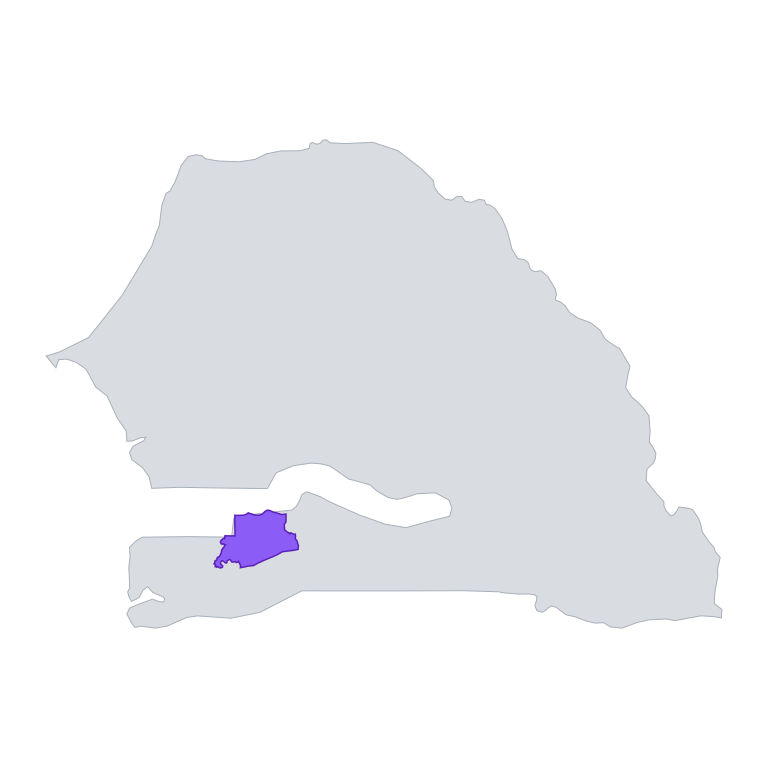 location of Bounkiling, Sédhiou, Senegal
{"feature_id": "50182788B68388966372963", "entity_name": "Bounkiling", "entity_type": "district", "adm_level": 2, "iso_a3": "SEN", "parent_name": "Senegal", "parent_adm1": "Sédhiou", "projection": "albers", "projection_center": [-15.653, 13.139], "detail": "fine", "context": "in_parent", "style": "filled", "palette": "violet", "viewbox_px": 768, "rotation_deg": 0, "n_neighbors": 0, "source": "geoboundaries", "source_scale": "gbopen_adm2", "svg_char_len": 8825}
<svg xmlns="http://www.w3.org/2000/svg" viewBox="0 0 768 768"><path d="M619.5,348.3L630.0,366.3L627.9,375.0L625.7,387.7L631.6,396.9L638.5,402.8L643.5,408.2L649.0,415.8L650.1,431.0L649.3,442.0L652.8,446.9L655.9,453.1L655.4,458.3L653.5,462.9L647.0,469.1L646.1,480.5L656.9,494.2L663.9,501.6L663.9,505.9L665.9,510.5L671.0,516.0L674.1,514.6L677.4,510.1L678.9,507.0L688.1,508.2L692.5,509.5L698.5,518.4L700.8,524.4L702.3,531.9L708.6,541.2L714.1,547.7L715.3,551.8L720.2,557.3L717.4,569.8L717.8,576.2L714.8,592.9L714.3,600.8L714.5,603.7L721.9,609.5L721.3,618.0L713.9,616.6L701.0,615.8L675.2,620.6L666.3,619.0L649.4,619.8L637.3,622.4L622.1,628.1L610.2,626.9L603.7,622.7L595.2,623.1L585.6,620.9L575.4,616.8L566.1,614.8L556.0,607.2L551.3,605.9L548.1,608.0L545.3,610.6L542.4,612.2L537.0,610.8L534.9,605.6L536.5,600.6L537.0,596.7L534.5,594.7L528.3,594.0L518.5,594.1L502.5,592.7L498.9,591.8L463.3,590.7L426.3,590.8L395.0,590.9L355.5,590.9L327.7,590.9L301.8,590.8L281.8,601.1L260.1,612.3L231.0,618.2L197.4,615.9L186.7,617.5L175.6,622.4L167.4,626.0L155.8,628.1L140.9,626.2L134.8,627.3L131.1,622.2L126.9,614.0L129.6,608.0L138.7,604.2L152.4,599.2L159.6,601.8L163.8,601.9L164.6,598.7L163.2,597.0L152.9,592.5L147.6,586.7L143.1,590.1L139.3,597.2L136.1,599.3L131.4,601.3L128.8,596.4L127.7,591.7L129.8,588.1L128.8,567.7L130.1,556.8L129.5,547.3L136.0,541.0L142.2,537.2L166.1,536.9L188.3,536.6L209.8,536.9L231.6,537.1L233.8,518.1L240.7,516.6L251.1,514.6L270.3,512.3L291.8,510.1L296.4,506.3L299.9,500.0L302.1,494.3L306.6,491.9L312.6,493.8L320.5,496.8L328.6,501.3L338.0,505.6L344.2,508.2L359.2,514.9L384.9,524.1L406.0,527.7L431.4,520.7L449.7,516.2L451.9,508.0L449.0,500.1L435.3,492.8L416.7,493.8L411.0,495.8L402.4,498.3L397.2,499.3L388.4,497.6L377.2,491.3L370.2,485.0L360.4,482.1L348.8,479.1L330.1,466.1L320.4,463.8L311.2,463.1L293.5,465.7L276.3,472.7L267.3,488.6L250.0,488.4L213.3,487.9L179.6,487.3L151.8,488.3L149.1,476.8L142.5,467.6L131.9,459.7L129.5,452.4L133.2,446.1L143.5,440.9L145.9,437.2L140.5,437.7L132.3,441.0L126.9,441.2L126.3,431.2L117.3,418.1L107.2,396.1L95.7,387.0L86.1,369.2L76.1,362.3L66.8,359.1L58.8,359.7L55.9,367.8L46.1,356.0L59.6,351.9L88.6,337.5L121.9,295.7L151.8,246.2L155.7,234.5L159.3,225.6L161.8,205.4L166.0,193.3L170.0,191.0L175.1,181.8L181.2,165.5L188.0,156.6L195.7,154.8L201.7,155.6L205.9,158.9L218.4,161.0L239.1,161.8L255.0,159.4L266.3,153.8L281.1,150.9L299.5,150.8L309.1,148.4L310.0,143.8L312.4,142.4L316.3,144.2L319.9,143.5L323.3,140.1L326.6,139.9L330.0,142.8L345.3,143.6L372.7,142.3L398.1,150.7L421.4,168.8L433.5,180.8L434.3,186.9L438.2,193.0L445.2,199.1L451.5,200.2L457.3,196.3L461.8,196.6L465.1,201.3L471.8,202.3L479.1,199.3L484.4,200.2L485.4,203.0L486.6,204.5L490.2,205.2L495.0,208.7L501.9,218.3L507.5,231.7L511.9,249.0L517.6,258.4L524.6,259.8L528.6,263.3L529.5,267.4L531.5,270.2L534.9,271.7L540.8,270.7L547.8,276.5L555.3,289.1L556.5,294.8L555.4,297.9L555.9,300.2L560.8,302.2L565.6,306.3L569.5,312.5L577.8,318.0L590.5,322.7L599.7,329.8L605.4,339.4L617.1,347.4L619.5,348.3Z" fill="#d9dde1" stroke="#a8b0b8" stroke-width="1"/><path d="M215.9,567.6L216.2,567.3L216.5,567.2L217.2,566.7L217.6,566.7L218.0,566.8L218.3,567.1L218.9,567.5L219.3,567.7L220.3,567.9L220.9,567.8L221.3,567.7L221.7,567.6L222.2,567.3L222.4,567.2L222.6,566.6L222.7,565.9L222.5,565.7L221.8,565.0L221.0,564.2L220.9,564.0L220.8,563.7L220.5,563.3L220.6,562.4L220.8,561.7L221.3,561.2L221.7,560.8L222.2,560.8L222.8,561.0L223.5,561.3L224.2,562.0L224.8,562.6L225.1,562.7L226.0,563.0L226.4,563.0L226.5,563.0L226.6,562.9L226.9,562.6L227.0,562.3L227.0,562.0L227.0,561.5L227.3,560.7L227.7,560.4L228.1,560.2L228.7,559.9L229.7,559.5L229.9,559.5L230.4,559.7L231.0,560.8L231.4,561.5L231.8,561.9L232.1,562.1L232.3,562.1L233.4,562.0L233.7,561.8L234.1,561.8L234.5,561.7L234.8,561.7L235.0,561.6L235.4,561.9L235.5,562.1L235.9,562.4L236.1,562.5L236.6,562.5L236.7,562.4L237.2,562.3L237.7,562.1L237.9,561.9L238.0,561.8L238.3,561.4L238.4,561.6L238.5,561.6L238.7,561.8L238.9,562.1L239.0,562.5L239.1,562.8L239.3,562.9L239.6,563.4L239.7,563.8L239.9,564.0L240.0,564.1L240.1,564.4L240.2,565.0L240.4,565.2L240.4,565.7L240.4,565.9L240.6,566.0L240.7,566.5L240.5,567.0L240.3,567.7L240.6,567.7L241.1,567.6L241.5,567.5L242.6,567.3L243.1,567.2L245.2,566.8L245.6,566.7L246.2,566.6L247.1,566.3L248.9,566.0L249.9,566.0L250.8,565.8L252.2,565.7L253.4,565.6L254.0,565.4L254.9,564.8L255.5,564.5L258.8,562.6L260.1,562.2L261.2,561.6L263.8,560.4L265.6,559.7L266.7,559.2L267.7,558.8L268.6,558.5L270.0,557.8L273.2,556.5L276.2,555.1L276.5,554.9L277.2,554.7L279.7,553.3L280.1,553.1L280.6,552.7L280.8,552.7L281.0,552.6L281.3,552.4L281.6,552.2L281.8,552.1L282.1,552.0L282.2,551.9L282.4,551.8L282.7,551.7L282.9,551.6L283.2,551.6L283.9,551.5L285.5,551.4L285.8,551.3L286.3,551.3L286.6,551.2L287.8,551.0L288.2,550.9L288.8,550.9L289.3,550.8L289.7,550.9L289.9,550.7L290.3,550.6L290.8,550.7L291.4,550.6L291.6,550.5L292.1,550.5L292.3,550.5L292.9,550.4L293.3,550.3L293.5,550.3L293.8,550.3L294.0,550.3L295.0,550.0L295.3,550.0L296.0,549.8L296.4,549.7L296.7,549.7L297.4,549.6L297.7,549.5L298.1,549.4L298.1,549.0L298.1,547.9L298.2,547.1L298.5,546.1L298.5,545.6L298.3,545.3L298.2,545.1L298.0,544.5L297.8,543.9L297.7,543.5L297.4,542.4L297.4,542.1L297.1,541.4L297.0,540.9L296.5,540.2L295.9,539.6L295.8,539.3L295.6,539.0L295.3,538.1L295.3,537.5L295.4,537.2L295.4,536.8L295.5,536.6L295.5,536.3L295.5,535.9L295.5,535.7L295.4,535.4L295.3,534.9L295.3,534.6L295.2,534.7L294.5,534.3L294.2,534.2L293.5,534.1L293.2,533.9L292.4,533.6L292.1,533.5L292.0,533.4L291.0,533.0L290.6,532.8L290.4,532.9L290.2,533.1L290.1,533.6L289.9,533.9L289.6,533.7L289.3,533.3L289.0,532.9L288.8,532.8L288.2,532.6L287.9,532.4L287.7,532.2L287.3,532.0L286.9,531.8L286.6,531.7L286.4,531.4L286.1,531.1L285.9,530.9L285.4,530.3L284.9,530.0L284.7,529.8L284.5,529.3L284.5,529.0L284.5,527.8L284.4,527.3L284.5,527.0L284.3,526.6L284.3,525.9L284.2,525.6L284.2,525.2L284.2,524.6L284.3,524.3L284.5,524.2L284.7,523.9L284.8,523.6L285.0,523.4L285.3,522.9L285.5,522.7L285.6,522.4L285.9,522.1L286.0,521.5L286.0,520.3L286.0,520.0L286.0,519.5L286.0,518.3L286.0,517.0L286.0,516.3L286.0,515.5L285.9,514.7L286.0,514.1L283.7,514.4L282.5,514.4L281.5,514.6L280.5,514.1L279.9,513.9L275.1,512.5L274.6,512.5L274.4,512.5L273.8,512.4L273.5,512.2L272.7,511.8L271.8,511.4L271.4,511.2L271.2,511.2L270.6,511.0L270.4,510.8L269.5,510.5L269.3,510.4L268.9,510.2L268.7,510.2L268.4,510.2L268.2,510.3L267.8,510.3L267.4,510.3L267.2,510.3L266.7,510.3L265.9,510.9L265.3,511.3L265.2,511.5L264.8,511.7L264.6,511.9L264.3,512.1L263.9,512.6L262.6,513.8L262.3,514.0L262.0,514.2L261.7,514.4L261.3,514.5L260.9,514.7L259.2,515.2L258.0,515.3L257.5,515.2L257.3,515.2L256.8,515.2L256.2,515.2L255.9,515.1L255.2,515.0L254.8,514.8L254.1,514.8L253.8,514.7L253.3,514.6L252.9,514.4L252.0,514.2L251.7,514.0L251.1,513.8L250.2,513.6L249.8,513.4L249.5,513.3L249.0,513.2L248.9,513.1L248.7,513.0L248.5,512.9L248.2,512.9L248.2,513.0L247.9,513.2L247.8,513.4L247.3,513.6L246.7,514.0L245.9,514.4L244.9,514.9L244.0,515.1L243.7,515.1L242.7,515.3L242.0,515.2L241.5,515.3L240.9,515.3L239.9,515.3L239.5,515.4L238.9,515.4L238.4,515.3L237.8,515.3L236.7,515.4L236.2,515.5L235.9,515.4L235.4,515.4L235.2,515.3L234.8,515.3L234.9,515.6L234.8,516.4L234.9,516.7L234.8,518.0L234.9,518.5L234.9,520.6L234.8,521.3L234.8,524.3L234.9,526.9L234.9,527.7L235.0,530.1L234.9,531.1L235.0,533.0L235.0,535.9L234.4,535.9L233.6,535.9L230.5,535.9L225.0,535.8L225.0,536.2L224.9,536.4L224.8,536.5L224.9,536.8L224.8,537.4L224.8,537.6L224.7,537.8L224.8,538.2L224.6,538.5L224.5,538.3L224.2,538.3L224.0,538.2L223.5,538.6L223.3,538.6L222.5,539.2L222.1,539.6L221.5,540.0L221.3,540.3L221.1,540.5L220.8,540.9L220.5,541.5L220.4,541.7L220.5,542.1L220.5,542.3L220.6,542.5L221.0,543.5L221.3,543.9L221.7,544.1L222.0,543.9L222.4,544.2L222.8,543.9L223.0,544.0L223.4,543.9L223.8,544.1L224.0,544.1L224.3,544.4L224.8,544.6L225.1,544.8L224.6,544.9L224.5,545.1L224.4,545.5L224.5,546.0L224.3,546.7L224.1,546.9L223.8,547.1L223.4,547.7L223.2,547.9L223.1,548.1L222.8,548.2L222.7,548.5L222.3,549.3L222.1,549.4L221.9,549.6L221.8,549.9L221.9,550.0L221.6,550.2L221.6,550.4L221.5,551.0L221.5,551.9L221.4,552.3L221.3,552.6L221.3,552.8L221.2,553.0L221.0,553.4L220.8,553.6L220.7,553.9L220.6,554.3L220.5,554.6L220.4,554.6L220.1,555.2L219.5,556.3L219.2,556.6L218.9,556.9L218.7,557.0L218.4,557.0L218.1,557.2L217.7,557.2L217.5,557.3L217.4,557.6L217.5,557.8L217.3,557.8L217.2,558.2L217.0,558.6L216.9,558.9L217.0,559.4L216.9,559.7L216.5,560.3L216.3,560.4L216.0,560.4L215.8,560.4L215.4,560.6L215.2,560.8L215.0,561.1L214.8,561.4L214.8,561.6L214.9,562.2L214.8,563.1L214.7,563.1L214.3,563.3L214.1,563.4L214.1,563.7L214.0,563.9L214.2,564.0L214.7,563.9L214.8,563.9L215.1,564.3L215.3,564.8L215.3,565.0L215.5,565.4L215.6,565.7L215.4,565.9L215.2,566.0L215.2,566.3L215.5,566.1L215.8,566.1L216.2,566.4L216.3,566.5L216.1,566.8L216.2,567.1L215.9,567.6Z" fill="#8b5cf6" stroke="#5b21b6" stroke-width="1.5"/></svg>